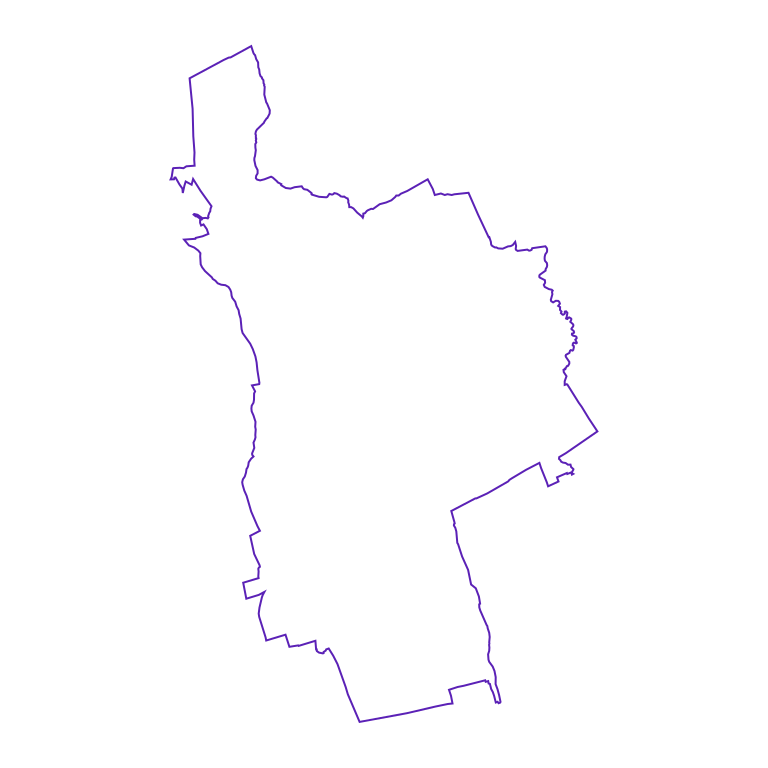 Ipatele, Iasi, Romania (Mercator projection)
{"feature_id": "2599482B24354712900098", "entity_name": "Ipatele", "entity_type": "district", "adm_level": 2, "iso_a3": "ROU", "parent_name": "Romania", "parent_adm1": "Iasi", "projection": "mercator", "projection_center": [27.426, 46.918], "detail": "fine", "context": "isolated", "style": "outline", "palette": "violet", "viewbox_px": 768, "rotation_deg": 0, "n_neighbors": 0, "source": "geoboundaries", "source_scale": "gbopen_adm2", "svg_char_len": 6105}
<svg xmlns="http://www.w3.org/2000/svg" viewBox="0 0 768 768"><path d="M498.6,703.2L500.2,702.6L500.5,701.9L499.1,695.1L497.5,689.2L495.6,684.1L495.7,677.1L494.5,671.0L492.7,666.6L489.2,661.8L488.5,659.7L488.1,654.3L489.2,650.8L489.4,647.6L489.1,644.8L489.4,643.4L489.2,642.4L489.7,637.0L489.2,632.8L487.7,628.3L487.3,626.0L486.6,625.0L480.2,610.4L479.3,607.4L479.2,604.3L480.1,603.7L478.9,596.5L475.8,588.3L471.1,584.5L468.1,569.9L462.1,556.5L458.1,544.2L457.3,542.9L456.3,531.4L455.3,527.8L453.9,525.5L454.0,524.2L454.7,523.5L454.4,522.1L451.3,511.0L475.3,498.4L476.4,498.4L487.1,493.5L508.2,481.4L509.4,479.9L511.7,478.4L526.1,469.8L539.4,462.9L541.1,468.1L546.8,482.3L548.1,486.3L558.5,481.5L557.0,477.3L566.9,473.0L567.3,474.0L571.2,472.4L571.9,474.6L573.2,473.9L572.3,473.4L571.9,472.2L573.4,469.6L573.4,469.1L571.1,467.0L570.5,464.6L568.0,464.7L565.6,463.0L563.0,462.6L561.2,461.7L560.4,460.2L559.0,458.9L559.2,457.1L565.8,453.2L597.4,431.4L588.9,418.6L581.7,406.8L578.8,402.8L567.4,384.6L566.8,384.2L564.7,384.9L564.7,381.2L566.5,376.2L563.8,372.2L563.5,369.9L565.1,369.3L564.8,368.7L566.0,367.8L566.8,366.2L568.1,365.8L569.3,363.6L569.3,361.9L565.9,356.9L565.6,355.8L566.0,354.8L569.4,352.9L570.0,350.8L570.8,350.1L572.6,350.6L573.3,349.8L573.9,347.0L573.7,345.9L572.7,345.4L572.8,344.0L573.2,343.1L574.0,342.6L576.0,343.4L576.7,343.1L576.8,342.6L575.3,339.7L576.6,338.4L576.6,337.6L576.4,336.9L575.7,336.3L573.1,335.7L571.9,334.7L572.0,333.6L573.6,333.2L574.1,332.2L573.7,331.0L571.5,329.2L571.4,328.8L572.0,327.8L573.1,326.5L573.4,325.1L573.0,324.2L570.3,321.8L571.3,319.7L571.2,318.6L569.2,317.4L568.4,317.7L567.4,319.0L566.2,318.7L566.0,318.4L566.6,317.2L567.4,312.9L566.2,311.4L565.0,311.5L564.7,312.0L564.9,313.2L564.7,313.7L563.4,314.7L562.6,314.7L560.9,313.1L561.5,311.6L560.0,309.9L560.1,307.1L558.2,305.9L559.9,303.7L559.2,301.8L558.2,300.9L555.8,300.8L553.1,302.4L551.2,301.2L550.8,299.9L552.4,294.2L552.0,292.0L552.7,290.6L551.7,289.7L548.9,289.1L544.7,286.9L543.8,284.9L545.1,282.8L544.9,280.2L539.7,277.5L539.3,276.9L539.4,275.3L540.1,274.5L545.6,270.6L545.6,269.2L546.9,266.9L547.2,265.2L546.9,263.1L544.9,260.7L544.6,258.7L544.7,256.7L545.3,254.3L546.8,252.2L547.1,251.1L547.1,249.2L546.7,248.0L545.4,246.3L532.2,248.2L531.5,249.9L529.9,250.6L529.0,250.6L527.3,249.6L517.6,250.9L516.0,249.8L515.7,249.0L516.1,245.9L515.2,241.9L512.8,245.0L510.7,246.1L508.0,246.4L502.7,248.7L498.2,248.4L496.3,247.4L495.1,247.5L493.0,246.4L491.7,245.5L491.1,244.2L490.9,241.9L489.3,237.1L488.7,237.3L478.0,214.5L468.5,192.8L454.3,194.3L451.7,195.0L447.5,194.2L444.8,195.0L440.9,193.5L434.8,195.0L432.8,189.0L427.7,179.3L407.2,191.0L400.9,193.7L398.7,195.5L396.3,195.5L395.2,197.0L391.4,200.3L386.1,202.5L379.7,204.2L373.0,209.0L371.2,208.8L367.8,210.3L366.7,211.1L365.0,213.2L363.3,213.6L363.3,216.3L362.8,217.7L361.9,216.5L357.2,212.6L353.4,208.4L351.1,207.1L349.3,207.1L349.1,204.7L348.2,202.2L348.4,200.7L347.6,198.4L346.6,198.2L344.0,196.5L343.1,196.8L340.6,196.3L339.7,195.3L336.9,193.7L334.3,193.1L333.4,194.1L332.0,194.6L329.4,193.9L327.3,196.9L326.3,197.3L319.1,196.8L311.8,194.6L311.4,194.0L311.7,193.4L311.5,193.0L307.3,189.8L304.1,189.2L303.0,188.3L301.7,186.3L294.6,187.2L290.5,188.6L285.8,188.0L281.4,185.4L281.0,184.9L281.3,184.1L277.6,182.3L277.4,181.7L272.8,177.6L271.1,176.7L264.4,179.3L260.1,180.4L257.1,179.6L255.9,178.3L255.9,177.6L256.2,175.7L257.6,173.4L257.6,170.1L255.5,165.9L254.3,160.1L254.4,158.0L255.0,156.1L255.8,150.2L255.4,147.7L255.3,144.1L256.3,142.4L255.8,140.5L256.2,139.3L255.9,138.7L256.2,138.3L255.8,137.2L255.9,135.1L255.4,134.0L255.5,133.4L255.9,131.4L256.9,129.6L264.0,122.7L264.3,121.7L266.7,118.3L267.3,118.1L269.6,113.6L269.8,110.2L267.0,103.4L266.3,102.5L264.3,94.6L264.7,86.7L264.1,85.6L264.3,84.5L263.6,83.4L263.4,80.2L262.0,78.4L261.9,77.4L260.5,76.1L259.6,73.4L259.2,69.5L258.3,67.3L258.1,62.4L256.2,59.1L255.1,55.2L254.2,54.3L253.4,52.9L251.2,46.1L230.6,57.4L228.7,57.6L223.6,60.0L189.6,78.3L192.6,108.8L193.3,136.2L194.5,152.5L194.2,159.6L194.6,165.7L186.4,166.3L183.5,168.2L179.8,167.8L173.5,168.1L173.0,168.4L171.7,176.9L170.6,179.4L174.0,179.3L174.5,177.6L175.5,177.5L179.5,184.5L182.4,188.6L182.8,193.0L184.4,185.7L185.7,181.5L191.6,184.7L193.1,179.0L200.5,190.8L211.5,206.2L210.5,208.8L210.2,211.4L209.3,212.7L208.1,216.2L208.5,217.4L207.8,218.4L205.7,217.9L202.4,218.2L197.6,214.8L194.2,214.0L193.6,214.6L195.7,216.3L197.1,216.5L201.4,219.6L200.1,220.2L200.1,222.8L201.1,225.5L203.5,224.4L206.8,229.2L208.4,233.9L202.5,236.3L195.7,237.9L195.4,238.8L184.1,239.6L188.9,245.4L194.2,247.5L198.3,250.6L200.4,253.2L200.2,256.1L200.7,264.4L202.1,267.3L205.1,271.2L211.9,277.4L212.7,278.9L215.4,280.7L217.7,283.3L221.2,284.7L225.4,285.2L228.5,287.0L230.2,289.6L231.2,292.2L231.6,295.7L232.3,297.9L235.2,301.7L236.6,306.4L238.6,310.2L239.2,313.9L240.6,318.6L241.6,329.2L242.6,333.0L250.2,343.7L252.8,349.1L255.4,356.4L256.6,362.4L257.4,370.2L259.4,382.8L259.2,384.1L252.0,385.4L255.1,391.4L254.1,393.4L254.0,399.8L253.5,402.7L251.7,405.7L251.4,408.6L251.7,411.4L253.5,415.5L255.5,421.8L255.2,426.8L255.7,429.5L255.3,435.1L255.5,437.3L254.9,439.5L253.5,442.6L254.3,447.9L252.1,453.4L252.2,454.8L253.5,456.5L251.1,458.7L248.7,462.3L248.2,465.7L247.5,467.6L246.5,469.1L246.0,472.6L244.8,476.5L242.9,479.3L242.2,482.2L242.6,484.7L244.3,490.6L246.6,495.8L251.2,511.6L257.4,526.0L259.9,530.8L250.2,535.8L254.2,554.0L259.6,565.3L259.9,566.8L258.8,567.7L258.3,568.8L258.6,571.5L258.3,576.5L258.6,578.1L243.2,582.7L246.3,598.7L258.8,594.9L264.4,591.9L262.7,595.1L261.9,597.3L259.5,607.5L258.7,613.6L259.2,616.9L265.6,637.4L266.2,640.5L285.5,634.7L289.4,646.8L298.2,645.4L298.6,645.9L315.4,640.8L316.1,649.4L316.7,649.4L316.9,651.1L319.0,652.6L322.9,653.4L323.6,653.1L323.6,652.0L325.7,650.6L326.2,649.4L328.7,648.5L333.2,655.7L337.5,664.1L345.7,687.1L347.8,694.2L359.6,721.9L406.9,713.2L435.2,706.6L447.8,704.0L452.5,703.5L451.0,695.8L449.0,689.8L457.6,687.0L463.6,685.8L485.2,680.3L485.7,681.8L488.2,681.1L488.6,683.5L489.9,683.9L491.2,689.1L492.8,692.0L494.1,695.8L495.8,702.5L497.6,701.8L498.6,703.2Z" fill="none" stroke="#5b21b6" stroke-width="2"/></svg>